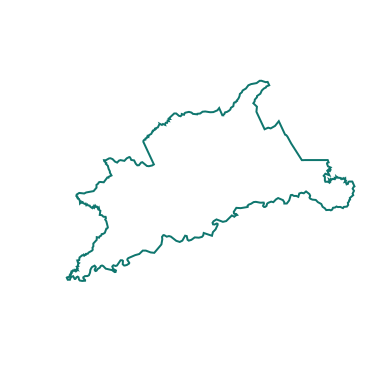 Lago Agrio, Sucumbios, Ecuador, rotated 155°
{"feature_id": "8360857B32687179357863", "entity_name": "Lago Agrio", "entity_type": "district", "adm_level": 2, "iso_a3": "ECU", "parent_name": "Ecuador", "parent_adm1": "Sucumbios", "projection": "mercator", "projection_center": [-76.699, 0.129], "detail": "fine", "context": "isolated", "style": "outline", "palette": "teal", "viewbox_px": 384, "rotation_deg": 155, "n_neighbors": 0, "source": "geoboundaries", "source_scale": "gbopen_adm2", "svg_char_len": 6034}
<svg xmlns="http://www.w3.org/2000/svg" viewBox="0 0 384 384"><g transform="rotate(155 192 192)"><path d="M76.9,259.8L78.8,260.4L82.1,263.5L83.7,264.2L87.4,263.4L92.8,264.8L95.8,264.9L99.4,263.0L103.2,262.6L104.7,261.3L107.2,260.6L108.4,258.8L110.5,257.0L112.3,256.2L112.6,255.5L113.4,255.6L114.6,254.8L115.6,255.3L116.5,254.9L118.3,252.3L121.1,251.9L122.5,250.5L124.4,250.0L126.6,249.8L128.3,250.2L130.0,248.8L131.7,248.9L131.7,248.5L132.1,248.7L131.9,256.6L134.4,255.3L138.9,255.4L141.8,256.6L146.0,259.4L148.5,260.3L151.4,259.7L154.1,260.6L154.5,260.2L158.1,262.4L158.9,264.2L160.9,265.9L164.5,266.7L165.4,266.5L166.6,265.4L168.3,267.0L168.9,266.0L170.3,265.5L171.6,266.5L173.1,269.8L174.9,270.7L181.1,268.7L181.1,268.2L181.7,268.2L181.5,267.7L182.3,268.1L182.5,267.3L183.3,267.1L183.2,266.3L184.0,266.9L185.3,265.2L186.6,265.8L187.9,264.8L188.0,264.2L189.6,265.9L190.9,265.5L192.3,267.3L192.3,266.8L193.1,267.1L195.6,265.0L198.4,265.1L198.4,264.6L199.0,264.8L199.4,264.1L200.6,264.2L201.5,263.6L201.8,264.0L204.3,261.9L206.9,261.7L207.5,261.1L208.1,261.5L208.4,260.4L208.9,260.8L209.0,260.4L209.7,260.6L210.4,260.0L211.3,260.2L212.1,259.2L212.7,259.6L214.2,259.1L214.9,258.0L214.9,233.1L216.9,232.9L220.2,233.6L221.9,234.7L224.4,240.0L225.7,240.2L228.8,238.7L230.3,239.3L231.0,241.3L231.1,245.1L233.5,246.7L233.5,249.5L234.1,250.2L236.9,250.1L240.1,248.8L243.3,251.1L244.9,251.3L247.4,250.3L248.9,252.0L250.1,255.4L251.6,257.0L252.9,257.5L256.8,257.2L258.3,258.0L258.5,257.0L257.4,254.4L258.2,253.9L257.2,251.3L257.8,248.1L257.7,245.5L258.2,244.3L258.0,241.0L260.9,241.0L261.6,240.3L262.5,241.0L267.9,238.1L271.1,240.0L272.5,240.1L273.4,239.3L275.6,238.8L276.7,236.3L280.8,234.4L288.1,236.3L290.3,236.2L294.6,238.8L297.6,238.4L298.5,237.3L297.9,236.5L298.4,235.6L297.8,235.1L298.2,234.2L297.3,233.3L297.5,231.4L297.0,230.9L297.4,230.6L297.1,230.1L298.0,229.8L298.3,229.0L297.5,229.3L295.9,228.5L295.8,229.3L295.4,229.2L295.4,228.0L294.1,226.4L293.3,226.4L293.4,224.7L292.2,225.0L291.7,223.6L290.5,222.9L290.4,221.7L289.2,219.6L288.3,220.3L287.9,219.6L287.1,220.4L287.0,219.3L285.5,220.6L285.2,219.0L284.4,219.0L283.8,218.2L284.2,217.8L284.3,215.8L283.9,215.5L283.3,216.1L283.6,214.6L283.0,213.7L285.3,210.2L283.5,209.1L282.7,207.0L280.8,206.0L281.1,204.6L282.3,203.7L282.0,201.7L283.2,195.5L284.2,194.8L285.1,195.0L288.2,191.9L290.0,191.6L291.7,192.0L292.7,190.9L294.5,190.8L295.5,189.9L297.4,191.3L298.6,188.9L303.2,187.0L304.4,184.4L305.7,183.6L306.4,181.6L307.5,181.1L311.4,180.8L312.6,180.1L314.2,180.7L314.6,180.0L315.7,180.0L316.3,180.8L316.8,180.0L318.1,181.1L321.6,180.2L323.0,178.0L324.7,178.4L324.5,177.6L325.1,177.3L325.2,176.0L324.5,175.3L325.6,174.9L326.5,173.7L326.4,172.9L328.0,173.0L327.8,171.3L328.5,171.2L328.5,170.0L328.8,170.4L329.2,169.9L329.7,170.2L329.4,169.5L330.9,169.1L332.3,171.0L333.1,170.7L333.4,171.1L334.0,170.5L334.4,170.8L334.9,170.0L335.2,170.5L335.5,170.1L335.5,170.7L335.9,169.2L337.2,168.9L336.9,168.2L337.7,167.9L337.9,166.7L338.6,167.5L340.1,167.0L341.0,167.5L341.7,167.3L341.7,165.0L339.7,164.1L337.9,166.2L335.3,165.9L335.1,162.8L334.4,162.5L332.6,163.6L331.4,163.6L330.9,162.7L331.4,160.4L331.1,159.2L329.1,157.8L326.4,156.8L326.1,157.4L326.9,159.5L326.6,160.6L324.6,161.0L322.2,160.0L320.6,160.1L318.5,162.0L316.9,164.5L315.1,165.8L314.1,166.3L311.4,166.4L310.9,164.6L313.1,162.6L312.9,161.2L311.9,161.0L310.0,162.1L307.5,162.4L306.0,163.5L304.6,163.4L303.7,162.3L302.6,159.0L297.5,155.0L295.9,152.1L295.1,151.8L294.1,153.0L296.0,155.6L295.7,158.2L294.2,158.8L292.4,157.2L291.0,157.1L285.6,160.3L284.1,159.6L283.7,158.8L285.3,155.8L284.7,154.2L284.1,153.8L281.9,153.4L279.2,153.8L278.8,154.3L279.3,157.7L279.0,158.4L277.7,159.0L270.2,158.8L266.0,158.1L261.4,159.7L258.6,158.4L255.0,154.7L251.9,152.8L241.9,157.4L238.9,161.7L238.1,164.0L236.2,165.0L235.4,164.6L233.8,162.2L231.5,161.8L230.0,160.5L226.9,154.4L224.2,151.9L221.3,152.0L216.7,155.3L215.4,154.3L216.2,150.6L215.5,149.3L212.9,148.9L208.7,149.7L205.1,147.7L202.0,147.1L200.3,147.8L198.7,149.9L192.4,143.9L190.0,146.8L186.4,148.2L182.6,151.4L182.3,152.4L182.9,153.0L185.3,153.0L186.6,153.8L186.4,155.4L184.8,156.4L181.4,156.8L176.6,151.9L173.3,151.2L165.8,153.9L164.1,151.7L162.4,152.3L160.8,152.1L161.3,153.5L162.8,154.3L163.0,154.9L162.5,156.4L158.5,158.9L154.7,156.8L148.2,155.0L147.7,155.0L147.4,156.1L145.9,156.6L143.4,156.4L140.4,156.8L138.3,156.1L134.7,153.5L131.5,152.1L131.7,151.0L133.5,149.4L133.1,148.1L132.3,147.6L130.5,147.8L128.8,149.7L127.4,150.0L124.3,149.8L122.6,148.4L119.0,149.8L116.5,150.1L113.0,146.2L112.7,144.0L113.2,142.5L110.9,141.5L107.5,143.3L103.8,147.4L102.5,147.1L101.3,145.4L99.2,144.4L97.7,142.7L95.4,145.3L93.2,145.1L91.2,143.6L88.4,144.3L86.5,140.6L86.5,138.6L87.9,137.2L87.6,135.9L86.1,134.2L83.2,132.5L82.2,129.6L79.9,126.5L79.9,123.4L78.5,121.1L78.0,118.9L74.9,117.7L73.9,116.7L72.4,116.8L70.9,118.1L68.8,117.5L67.2,117.8L66.2,116.7L63.9,115.8L62.0,113.6L60.6,114.3L57.8,113.3L55.9,114.3L55.3,116.4L53.9,116.9L53.0,118.2L51.9,118.3L51.5,119.9L47.2,121.0L47.1,122.7L44.7,124.6L45.0,127.1L43.6,128.2L42.4,128.4L42.3,133.7L45.2,135.1L46.2,134.9L47.2,133.5L48.6,133.6L48.4,134.9L48.9,135.9L48.2,136.6L49.1,136.7L48.2,137.4L47.5,137.3L48.1,137.7L47.4,139.5L48.4,139.2L48.6,140.4L49.9,140.1L50.4,141.0L51.3,140.7L51.8,142.2L53.6,143.2L53.8,143.9L53.3,144.4L54.4,144.0L54.7,144.8L54.9,144.1L55.4,144.4L56.3,143.7L56.8,144.4L57.4,143.4L59.2,144.5L60.7,144.1L60.8,145.1L61.9,144.4L62.4,145.3L62.5,144.3L63.4,144.0L62.5,143.6L62.4,142.7L63.2,142.4L63.2,143.0L64.2,143.2L64.4,143.9L66.8,144.9L66.7,146.3L65.2,149.5L65.8,151.0L63.4,152.2L60.4,149.1L60.4,154.0L59.3,153.9L58.2,152.7L57.0,153.6L57.1,154.3L58.4,154.8L56.0,155.6L57.9,157.8L57.7,160.6L57.1,161.2L55.7,161.1L55.5,163.6L79.0,174.5L81.6,194.0L82.1,202.0L82.6,203.8L83.4,204.6L83.4,219.5L88.8,216.8L93.8,216.4L95.8,218.1L99.7,218.2L99.7,237.5L97.1,241.9L98.9,246.5L97.0,247.6L96.0,249.2L93.1,250.4L92.5,251.5L88.5,252.2L85.8,254.5L83.1,255.4L80.8,255.5L80.1,256.2L76.9,256.1L76.9,259.8Z" fill="none" stroke="#0f766e" stroke-width="2"/></g></svg>